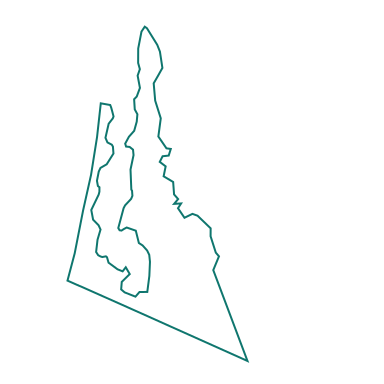 Currituck, North Carolina, United States of America, rotated 204°
{"feature_id": "52423323B36348632800300", "entity_name": "Currituck", "entity_type": "district", "adm_level": 2, "iso_a3": "USA", "parent_name": "United States of America", "parent_adm1": "North Carolina", "projection": "orthographic", "projection_center": [-75.925, 36.311], "detail": "fine", "context": "isolated", "style": "outline", "palette": "teal", "viewbox_px": 384, "rotation_deg": 204, "n_neighbors": 0, "source": "geoboundaries", "source_scale": "gbopen_adm2", "svg_char_len": 1776}
<svg xmlns="http://www.w3.org/2000/svg" viewBox="0 0 384 384"><g transform="rotate(204 192 192)"><path d="M72.6,60.2L140.8,129.3L141.2,144.2L145.6,146.3L157.0,159.1L160.2,166.4L177.3,172.6L182.7,172.2L188.4,165.4L198.2,171.5L197.3,177.1L203.5,173.9L201.8,179.9L207.4,182.5L213.3,193.5L224.3,194.8L226.5,204.7L233.7,206.4L233.4,212.7L228.1,215.8L228.9,222.7L233.1,221.5L245.3,229.0L250.5,246.6L262.8,260.5L271.2,275.7L270.2,285.5L269.5,293.3L278.4,307.2L283.6,312.3L299.8,323.3L302.4,323.8L303.4,318.0L299.5,301.2L293.7,288.0L289.6,283.0L289.0,276.2L281.9,265.9L281.3,256.7L282.6,253.2L277.9,244.2L273.5,240.8L271.1,233.8L269.7,224.4L272.1,216.8L272.7,209.0L270.7,206.7L267.3,207.8L263.1,206.7L260.4,201.9L257.3,187.5L248.4,169.5L247.3,168.8L244.9,164.3L244.8,161.0L247.7,152.6L247.9,149.4L244.7,129.1L242.6,127.6L240.7,128.1L239.1,130.6L237.2,133.0L227.6,133.8L219.8,123.8L215.4,123.1L209.2,120.3L205.5,117.2L202.0,111.1L196.8,97.9L192.2,82.5L199.3,79.3L201.1,73.4L212.7,72.9L217.1,74.2L219.6,81.3L215.5,91.7L221.9,96.3L223.1,91.3L228.6,91.1L239.5,93.5L243.1,97.8L244.5,98.2L247.5,96.1L249.4,95.9L252.0,96.1L255.2,98.2L258.9,110.0L260.3,120.5L263.8,123.6L271.1,126.5L276.7,134.6L276.2,151.7L276.7,154.6L278.5,158.7L280.4,159.2L283.4,163.6L285.5,172.8L285.4,176.8L281.2,182.6L279.4,195.2L282.7,201.3L284.5,202.6L289.4,202.9L293.1,206.3L295.9,220.5L294.3,227.0L294.4,229.1L297.9,233.5L300.2,236.3L302.1,238.2L311.4,235.9L301.1,203.6L291.2,166.6L284.0,130.9L274.2,88.2L269.7,60.4L264.1,60.4L263.7,60.4L261.4,60.4L261.1,60.4L258.7,60.4L258.1,60.5L257.8,60.4L254.7,60.5L253.6,60.5L253.1,60.5L251.2,60.5L250.1,60.5L245.4,60.5L231.8,60.5L231.6,60.5L230.5,60.5L229.7,60.5L199.2,60.5L195.6,60.5L157.0,60.4L72.6,60.2L72.6,60.2Z" fill="none" stroke="#0f766e" stroke-width="2"/></g></svg>